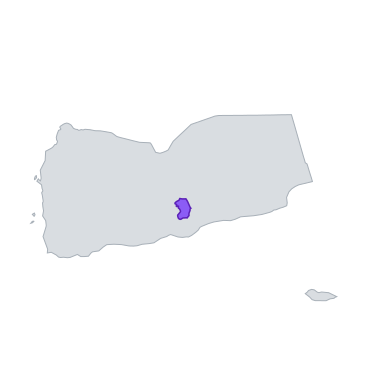 Daw'an, Hadramawt, Yemen (highlighted), rotated 8°
{"feature_id": "15242507B41313951038201", "entity_name": "Daw'an", "entity_type": "district", "adm_level": 2, "iso_a3": "YEM", "parent_name": "Yemen", "parent_adm1": "Hadramawt", "projection": "orthographic", "projection_center": [48.292, 15.038], "detail": "fine", "context": "in_parent", "style": "filled", "palette": "violet", "viewbox_px": 384, "rotation_deg": 8, "n_neighbors": 0, "source": "geoboundaries", "source_scale": "gbopen_adm2", "svg_char_len": 5960}
<svg xmlns="http://www.w3.org/2000/svg" viewBox="0 0 384 384"><g transform="rotate(8 192 192)"><path d="M309.8,164.9L296.8,170.0L293.4,172.2L290.3,175.0L288.0,178.3L286.4,184.2L287.8,189.5L287.7,192.4L284.4,194.4L281.2,195.8L277.7,197.9L275.5,198.5L273.8,200.2L271.8,201.3L264.4,204.5L256.4,206.9L243.6,209.8L238.7,212.9L234.2,215.0L227.3,215.7L217.9,218.6L212.7,221.0L206.2,224.8L204.7,226.0L203.6,228.7L201.6,231.1L197.7,235.0L194.7,237.1L192.8,237.2L188.9,238.3L184.4,238.5L176.8,237.1L174.9,238.1L173.2,239.6L167.4,242.3L161.4,247.6L157.0,249.0L149.9,250.7L145.0,252.9L141.6,253.7L137.3,254.2L129.4,253.9L121.9,254.6L114.9,256.0L111.7,258.9L107.9,263.3L101.8,265.1L100.3,266.7L98.4,270.0L94.4,270.9L90.8,271.4L87.2,269.8L80.3,273.8L77.7,274.4L73.7,274.5L70.9,275.2L68.9,275.0L66.4,273.3L61.1,271.3L57.2,272.5L57.0,268.7L50.7,256.9L52.3,246.7L52.3,245.3L51.1,240.7L47.4,236.5L47.6,231.3L46.4,227.5L45.5,223.6L45.9,222.6L45.9,221.6L44.1,215.7L43.5,214.4L43.3,213.2L44.0,212.2L44.0,211.1L43.0,209.3L42.0,205.8L36.9,202.9L38.0,200.4L39.0,201.3L40.3,202.1L40.6,200.5L40.7,199.3L38.7,191.5L42.2,181.3L41.4,172.0L46.4,168.4L47.6,167.3L48.3,166.3L49.5,164.2L51.1,163.6L51.7,161.4L51.7,160.3L50.7,159.3L50.0,156.7L50.4,153.4L50.7,152.0L51.3,149.5L53.0,148.6L53.4,147.9L52.1,146.3L52.3,145.4L55.2,142.8L56.4,142.0L58.3,141.2L59.7,141.3L61.4,141.8L62.9,142.5L64.3,143.9L65.8,145.5L68.2,146.1L69.8,146.0L71.1,146.7L72.2,146.4L73.5,145.6L75.5,145.7L77.3,144.8L82.5,144.5L87.5,144.8L92.7,144.2L97.9,144.3L103.1,144.5L104.2,144.6L105.4,145.1L109.8,147.5L113.1,148.0L119.8,148.7L127.0,149.5L133.2,150.1L138.5,149.6L142.9,149.2L144.1,149.3L145.4,150.8L148.0,154.4L150.5,157.8L154.9,158.1L157.7,156.8L160.8,155.0L162.6,153.6L164.8,148.0L166.3,144.4L169.5,140.4L172.2,137.0L175.8,132.6L177.8,130.1L181.7,125.2L185.4,123.3L192.6,119.6L199.6,116.0L204.2,113.6L208.0,112.5L214.6,111.5L222.2,110.4L229.9,109.3L238.0,108.0L247.1,106.7L253.3,105.7L261.2,104.5L267.8,103.4L273.7,102.5L279.7,101.6L280.9,104.3L282.1,107.0L283.3,109.6L284.5,112.3L285.7,115.0L286.9,117.7L288.1,120.4L289.3,123.1L290.5,125.8L291.7,128.5L292.9,131.2L294.1,133.9L295.3,136.6L296.5,139.3L297.7,142.0L299.0,144.7L300.1,147.3L302.0,148.2L303.2,150.7L304.8,154.2L306.5,157.8L308.2,161.3L309.8,164.9ZM330.1,273.8L331.7,274.0L334.2,273.0L341.3,272.7L349.9,275.5L348.3,276.4L347.4,277.5L343.6,278.6L339.9,281.0L329.1,282.4L325.9,281.9L323.2,279.7L318.3,276.9L320.2,275.0L320.6,274.1L321.3,273.2L324.0,271.8L326.7,271.9L330.1,273.8ZM39.4,237.4L39.1,238.0L38.6,237.8L37.0,236.3L38.8,234.8L39.7,236.3L39.4,237.4ZM35.2,201.0L34.3,201.6L34.1,200.5L34.7,198.1L35.6,197.5L36.1,199.2L35.7,200.2L35.2,201.0ZM38.4,244.6L36.7,245.4L37.9,243.3L39.1,242.9L39.5,243.0L38.4,244.6Z" fill="#d9dde1" stroke="#a8b0b8" stroke-width="1"/><path d="M193.1,208.2L192.9,208.1L192.6,207.8L192.5,207.7L192.3,207.4L192.2,207.3L192.1,207.2L192.0,206.9L191.8,206.7L191.7,206.6L191.6,206.4L191.5,206.2L191.4,206.0L191.3,205.8L191.2,205.6L191.0,205.3L190.8,205.1L190.7,204.9L190.6,204.7L190.4,204.5L190.4,204.4L190.3,204.2L190.2,204.0L190.0,203.8L189.9,203.6L189.8,203.4L189.7,203.3L189.7,203.2L189.4,202.8L189.3,202.6L189.2,202.5L189.1,202.3L189.0,202.2L188.9,202.0L188.8,201.9L188.7,201.7L188.4,201.4L188.3,201.2L188.2,201.0L188.0,200.9L187.8,200.7L187.7,200.5L187.6,200.4L187.4,200.3L187.3,200.1L187.2,200.0L187.1,199.8L187.0,199.7L186.9,199.6L186.6,199.7L186.4,199.7L186.1,199.8L185.9,199.8L185.6,199.9L185.4,199.9L185.2,199.9L184.9,200.0L184.6,200.0L184.4,200.0L184.2,200.1L183.8,200.1L183.6,200.2L183.4,200.2L183.2,200.2L182.9,200.2L182.7,200.2L182.3,200.2L182.2,200.2L181.9,200.2L181.7,200.2L181.4,200.2L181.2,200.1L180.9,200.1L180.7,200.4L180.7,200.6L180.6,200.9L180.6,201.0L180.5,201.4L180.4,201.6L180.3,201.8L180.2,201.9L180.1,202.0L179.9,202.2L179.8,202.3L179.7,202.4L179.6,202.5L179.4,202.6L179.1,202.8L178.9,202.9L178.8,203.0L178.7,203.1L178.4,203.3L178.1,203.5L177.8,203.8L177.7,203.9L177.6,204.0L177.4,204.3L177.2,204.5L177.0,204.8L176.9,204.9L176.8,205.0L176.7,205.3L176.7,205.5L176.8,205.8L176.9,206.0L177.0,206.1L177.4,206.2L177.6,206.2L177.8,206.3L178.0,206.4L178.2,206.5L178.3,206.5L178.6,206.8L178.7,207.0L178.7,207.4L178.7,207.5L178.4,207.7L178.4,207.9L178.5,207.9L178.4,207.9L178.4,208.0L178.5,208.0L178.8,208.1L178.8,208.3L179.0,208.5L179.3,208.4L179.4,208.2L179.5,208.0L179.8,208.0L180.0,207.9L180.1,208.1L180.3,208.2L180.6,208.2L180.6,208.3L180.6,208.6L180.6,208.9L180.6,209.2L180.7,209.3L180.8,209.6L180.8,209.8L181.1,210.0L181.3,210.1L181.6,210.3L181.8,210.4L181.9,210.5L182.0,210.6L182.3,210.9L182.3,211.0L182.6,211.3L182.7,211.5L182.8,211.6L182.9,211.8L183.0,212.0L183.2,212.3L183.3,212.5L183.3,212.9L183.3,213.1L183.2,213.3L183.1,213.5L182.9,213.8L182.8,214.1L182.6,214.3L182.5,214.5L182.4,214.7L182.3,214.9L182.1,215.1L182.0,215.4L181.9,215.5L181.7,215.8L181.6,216.0L181.4,216.3L181.2,216.5L181.1,216.8L181.1,217.1L181.1,217.3L181.1,217.6L181.2,217.9L181.3,218.1L181.4,218.3L181.5,218.5L181.7,218.9L181.7,219.0L181.8,219.2L181.8,219.3L182.0,219.5L182.1,219.8L182.3,220.0L182.6,220.2L182.8,220.3L183.0,220.5L183.3,220.6L183.6,220.6L183.9,220.7L184.1,220.7L184.4,220.6L184.5,220.6L184.8,220.4L185.0,220.3L185.1,220.2L185.3,220.2L185.5,219.9L186.6,219.1L186.9,218.9L187.5,218.8L188.8,218.6L189.0,218.5L189.4,218.4L189.6,218.4L189.8,218.3L190.0,218.3L190.4,218.3L190.6,218.4L190.8,218.4L190.9,218.2L191.0,218.0L191.0,217.9L191.2,217.7L191.3,217.5L191.3,217.4L191.4,217.2L191.5,217.0L191.6,216.9L191.7,216.7L191.8,216.6L191.9,216.4L192.0,216.2L192.3,215.9L192.3,215.7L192.2,215.3L192.2,215.2L192.1,214.9L192.1,214.6L192.1,214.4L192.0,214.2L192.0,213.8L192.0,213.6L192.0,213.4L192.1,213.2L192.1,212.8L192.1,212.7L192.2,212.4L192.3,212.2L192.3,211.9L192.4,211.7L192.5,211.3L192.5,211.2L192.5,210.9L192.6,210.7L192.6,210.4L192.6,210.2L192.5,209.8L192.5,209.6L192.5,209.4L192.5,209.2L192.6,208.9L192.7,208.7L192.8,208.6L192.9,208.4L193.0,208.3L193.1,208.2Z" fill="#8b5cf6" stroke="#5b21b6" stroke-width="1.5"/></g></svg>